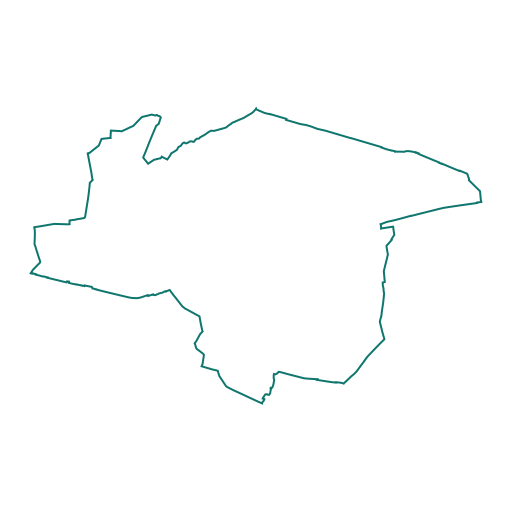 the district of Glūdas pag., Jelgava, Latvia
{"feature_id": "27541924B80569241121500", "entity_name": "Glūdas pag.", "entity_type": "district", "adm_level": 2, "iso_a3": "LVA", "parent_name": "Latvia", "parent_adm1": "Jelgava", "projection": "albers", "projection_center": [23.526, 56.61], "detail": "fine", "context": "isolated", "style": "outline", "palette": "teal", "viewbox_px": 512, "rotation_deg": 0, "n_neighbors": 0, "source": "geoboundaries", "source_scale": "gbopen_adm2", "svg_char_len": 5786}
<svg xmlns="http://www.w3.org/2000/svg" viewBox="0 0 512 512"><path d="M163.2,292.3L164.1,291.7L165.6,291.2L166.0,291.6L166.5,291.2L169.7,290.0L170.1,290.5L170.6,291.3L173.5,295.2L175.5,297.6L181.6,305.4L182.4,306.5L183.2,307.0L184.5,308.1L184.7,308.3L185.0,308.5L194.4,313.6L199.5,316.4L200.6,322.7L202.4,331.2L202.6,331.5L200.2,334.0L195.9,341.8L194.7,343.2L194.8,343.3L196.0,347.4L196.4,348.5L196.8,349.0L199.3,350.8L203.4,354.0L203.7,354.5L203.9,355.1L202.6,363.8L201.6,366.3L211.8,369.3L217.7,370.7L219.3,376.0L226.0,386.1L226.9,386.9L233.8,390.4L242.6,394.4L244.9,395.5L257.8,401.5L262.1,403.4L262.3,402.3L263.6,400.9L264.4,399.1L263.9,398.6L263.2,398.8L262.7,398.6L263.1,397.6L264.1,396.1L265.4,394.4L266.0,394.2L266.6,394.3L267.4,394.4L267.5,394.6L268.6,394.8L269.1,394.8L270.1,393.4L270.6,390.4L270.7,389.9L271.0,389.2L271.0,388.9L270.7,388.7L270.5,388.1L270.6,387.9L270.9,387.7L271.5,387.9L272.0,387.8L272.4,387.3L272.7,386.6L273.0,385.6L273.3,384.8L273.5,383.8L273.7,382.9L273.8,382.1L274.0,381.1L274.1,380.5L274.3,380.1L274.2,379.8L274.0,379.1L273.7,378.4L273.7,376.9L273.7,375.9L273.7,375.2L273.9,374.4L274.0,374.0L275.4,374.4L275.9,374.1L277.0,373.5L278.0,372.6L278.7,371.8L281.2,372.3L288.1,374.2L304.1,378.3L306.4,378.5L307.0,378.6L317.4,379.2L317.0,379.9L330.0,381.9L335.7,382.6L336.2,382.6L336.1,382.2L336.6,382.2L336.8,382.3L337.0,382.3L339.3,382.5L342.4,383.1L342.9,383.2L343.3,383.4L343.7,383.6L344.2,383.0L346.9,380.5L348.6,378.9L351.4,376.2L352.8,375.1L355.1,373.0L356.0,372.1L356.9,371.0L361.0,365.4L364.5,360.8L364.4,360.7L366.2,358.3L366.3,358.3L366.4,358.1L366.5,357.9L366.6,357.7L367.5,356.6L367.8,356.3L373.0,350.8L378.7,344.9L381.6,342.0L384.4,339.2L382.4,332.2L379.8,321.7L381.0,317.0L381.2,316.9L382.1,309.7L383.0,303.8L383.2,302.6L383.9,295.7L384.1,293.2L383.6,290.8L383.5,288.5L382.8,285.4L382.8,284.6L382.7,282.5L384.8,282.0L383.8,271.3L385.3,265.0L386.5,260.3L387.3,257.0L387.3,256.7L387.9,254.7L386.9,248.9L386.5,246.6L386.6,245.6L388.8,243.3L391.8,239.8L391.7,239.7L391.4,239.9L391.3,239.5L394.3,234.8L393.7,231.0L393.7,230.9L393.1,226.7L392.7,226.7L382.3,228.3L381.1,228.6L381.1,227.2L380.8,225.4L380.6,224.1L381.4,224.0L386.6,222.0L395.0,220.1L401.8,218.3L410.8,215.8L410.9,216.0L421.9,213.2L440.3,208.6L441.1,208.5L442.8,208.0L449.8,206.9L461.4,205.2L477.1,203.0L477.1,202.5L481.3,202.0L480.9,200.5L480.0,191.3L479.7,190.9L468.9,180.2L469.0,179.2L469.1,178.9L468.4,177.2L468.2,176.7L467.6,174.7L467.2,173.9L467.1,173.7L459.9,170.7L459.7,171.1L451.0,167.5L441.8,163.6L441.7,163.9L439.1,162.8L439.2,162.5L429.0,158.3L424.2,156.3L418.5,153.9L418.7,153.4L416.0,152.3L415.9,152.8L414.5,152.2L413.5,151.9L411.5,151.5L408.4,151.1L405.7,151.2L404.7,151.7L404.0,151.8L401.0,151.7L395.2,151.7L395.3,151.3L394.0,151.0L391.2,150.4L391.2,150.5L386.6,149.3L381.4,147.5L381.5,147.1L356.4,139.7L351.0,138.1L350.9,138.2L325.8,130.8L323.8,130.3L317.5,128.9L310.8,126.4L306.0,125.0L300.5,124.1L286.1,119.9L286.4,118.9L270.2,114.1L270.2,114.3L265.8,113.3L263.9,112.7L256.5,109.5L256.1,108.6L255.5,109.5L253.5,111.7L252.4,112.7L250.2,114.1L247.3,115.7L243.7,117.9L241.4,118.9L238.4,120.1L236.7,120.9L236.0,121.1L235.6,121.4L234.1,122.1L232.9,122.4L231.4,123.4L231.0,123.9L228.9,125.2L227.9,126.0L226.9,126.9L226.2,127.4L225.1,127.8L224.2,128.1L223.5,128.3L214.4,130.8L214.0,130.9L211.2,130.7L210.8,130.8L210.1,131.1L209.4,131.6L208.6,132.1L203.6,135.5L203.4,135.6L202.9,135.7L201.8,136.4L200.0,137.4L199.1,138.5L198.6,138.7L197.2,138.7L196.7,138.8L195.0,140.2L194.4,141.4L193.9,141.7L193.4,141.9L192.2,141.5L190.6,141.3L189.7,141.5L188.8,142.2L187.1,143.0L186.3,143.3L185.5,143.3L184.2,142.5L183.4,142.8L182.4,143.6L180.7,145.9L178.6,146.9L177.6,148.4L177.2,149.5L176.7,150.0L176.0,150.4L174.7,151.3L171.5,153.2L171.1,153.5L170.9,154.0L170.5,154.9L169.8,156.0L167.3,159.5L161.9,156.8L161.8,156.7L160.6,158.3L160.2,158.3L157.4,158.9L157.4,159.0L154.0,159.8L148.1,163.7L143.2,157.6L143.2,157.4L145.2,152.7L146.5,149.4L148.0,145.7L149.3,142.3L152.3,135.0L156.2,125.8L158.7,123.9L160.2,119.2L160.8,117.4L159.7,116.3L159.6,116.2L158.2,115.9L157.4,115.3L157.0,115.0L156.5,115.0L156.2,115.1L155.5,115.5L155.3,115.5L154.7,115.4L151.8,114.6L144.0,116.5L142.0,117.0L141.8,117.2L141.4,117.5L140.3,118.6L138.2,120.8L138.0,121.0L133.6,125.6L133.2,126.0L132.5,126.3L130.8,127.0L127.0,128.8L121.7,131.3L119.0,131.0L110.9,130.6L110.5,137.6L110.6,137.9L101.5,138.9L101.4,139.2L99.6,143.6L98.8,145.6L96.8,147.1L89.4,153.0L89.3,152.9L87.7,153.4L91.2,171.7L91.2,171.9L91.3,172.2L91.9,176.1L92.0,177.0L92.4,179.5L92.7,179.9L89.9,182.7L89.8,182.8L89.5,186.7L88.5,195.3L88.4,195.9L88.0,198.8L85.1,216.9L84.9,217.4L84.7,217.6L84.3,217.9L82.8,218.3L79.3,218.9L78.6,219.0L77.1,219.2L76.6,219.3L76.1,219.5L75.9,219.6L73.8,219.9L72.0,220.1L69.6,220.5L69.5,221.3L69.6,224.2L67.8,224.3L66.9,224.3L61.7,224.1L60.3,224.1L54.3,223.9L42.0,226.0L41.5,226.1L34.3,227.2L34.3,227.6L34.4,227.8L34.5,228.7L34.6,229.1L34.7,229.4L34.8,230.4L34.8,231.1L34.8,232.3L34.9,233.2L34.7,239.8L34.6,241.7L34.5,243.7L34.5,244.0L35.8,247.8L37.0,251.9L37.3,252.6L38.0,255.0L40.2,261.6L40.2,262.1L39.9,262.7L33.1,269.6L32.4,270.6L31.6,271.9L30.7,273.3L32.4,273.7L32.5,273.2L34.1,273.7L36.0,274.2L35.8,274.7L39.7,275.6L40.5,275.9L43.1,276.6L43.5,276.4L47.3,277.3L47.2,277.5L47.7,277.5L47.6,277.8L53.7,279.3L58.4,280.4L63.9,281.8L66.7,282.4L67.0,281.4L69.0,281.6L69.0,282.9L72.1,283.7L76.7,284.6L76.7,284.4L81.6,285.6L81.6,285.4L84.4,286.1L84.6,285.4L85.7,285.7L91.8,286.9L92.4,287.7L92.4,288.4L93.1,288.6L96.2,289.3L96.1,289.5L104.1,291.5L119.4,295.2L127.5,297.1L130.7,297.8L132.6,298.0L135.1,298.1L135.4,298.1L136.4,298.2L138.0,298.0L140.0,297.7L141.8,297.1L147.8,295.1L148.1,296.0L153.0,294.4L153.1,294.9L154.6,295.0L155.2,295.2L159.3,293.4L162.5,292.6L163.2,292.3Z" fill="none" stroke="#0f766e" stroke-width="2"/></svg>